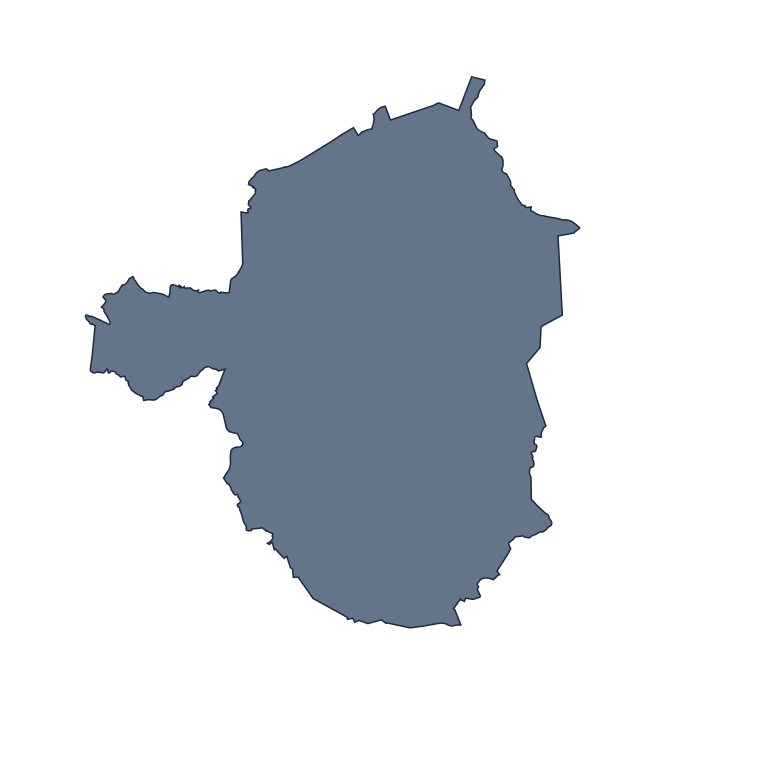 Senguio, Michoacán, Mexico, rotated 240°
{"feature_id": "50627088B60527111015727", "entity_name": "Senguio", "entity_type": "district", "adm_level": 2, "iso_a3": "MEX", "parent_name": "Mexico", "parent_adm1": "Michoacán", "projection": "albers", "projection_center": [-100.328, 19.746], "detail": "fine", "context": "isolated", "style": "filled", "palette": "slate", "viewbox_px": 768, "rotation_deg": 240, "n_neighbors": 0, "source": "geoboundaries", "source_scale": "gbopen_adm2", "svg_char_len": 6171}
<svg xmlns="http://www.w3.org/2000/svg" viewBox="0 0 768 768"><g transform="rotate(240 384 384)"><path d="M623.0,509.5L619.7,508.6L618.2,507.7L613.8,504.1L611.0,500.9L612.5,496.6L612.9,492.2L613.4,490.7L612.4,488.1L612.3,485.9L621.3,485.7L621.1,472.4L620.3,458.5L619.3,422.0L620.2,410.0L621.0,407.5L621.8,406.4L621.7,405.5L622.1,403.5L626.3,390.4L628.2,390.3L629.3,389.4L631.1,382.9L630.7,379.4L630.2,377.7L628.7,375.0L628.2,372.2L626.7,368.3L624.5,366.4L619.8,369.7L619.6,368.8L619.1,369.4L618.3,369.5L618.1,369.9L616.2,370.1L615.5,368.9L613.6,368.2L610.5,360.5L610.2,358.4L607.3,356.3L605.4,356.5L604.2,357.0L602.9,356.6L603.5,354.0L602.4,352.7L600.3,352.0L601.7,349.2L603.9,347.1L604.5,346.2L558.8,321.8L557.2,320.1L552.5,312.0L551.6,309.4L551.3,304.7L551.0,304.0L550.4,303.1L540.7,295.6L540.9,294.3L542.5,291.8L545.3,288.4L544.4,287.4L545.6,286.2L549.6,285.1L551.2,281.2L551.3,280.0L552.7,279.3L553.3,278.2L553.9,276.5L555.1,270.2L556.3,269.2L557.2,269.0L558.0,270.4L558.2,270.2L558.7,267.5L560.2,266.0L564.2,264.2L566.5,259.5L567.2,259.2L568.3,259.7L568.0,257.1L569.6,256.8L569.7,257.0L571.9,256.1L571.9,255.6L569.9,255.9L569.4,255.3L570.8,254.9L575.3,251.3L576.1,249.5L575.7,248.4L574.6,247.1L570.2,244.4L566.8,240.9L572.5,237.3L578.6,230.1L579.2,228.0L580.1,225.7L582.8,223.5L587.3,222.2L588.7,221.3L593.1,220.4L597.7,220.3L599.7,219.7L601.3,220.4L602.6,220.3L602.7,216.1L601.6,214.6L599.9,210.7L599.7,209.1L600.6,206.7L598.8,203.2L597.6,201.7L596.5,198.2L596.9,197.2L596.5,195.9L597.3,194.2L598.9,193.1L599.2,191.8L600.7,189.0L600.9,187.3L600.5,185.0L600.0,184.3L599.0,184.2L596.2,184.9L595.0,184.6L594.1,183.7L593.2,182.0L591.8,177.6L589.7,178.7L588.5,178.6L587.1,178.0L585.4,177.8L582.6,178.1L574.8,177.8L573.9,177.3L573.1,176.4L573.5,175.4L582.0,169.6L589.1,164.4L589.7,162.7L591.5,162.0L592.8,160.4L591.7,159.1L588.7,158.8L585.6,159.7L583.0,159.7L580.7,162.1L579.4,162.8L578.2,162.7L577.5,161.9L555.2,146.0L542.9,136.5L541.7,136.6L539.1,137.6L538.1,139.5L537.6,141.9L534.0,146.4L533.9,147.7L535.4,151.7L534.6,152.0L532.1,150.9L531.0,151.2L531.4,154.5L530.2,156.0L528.4,157.3L526.7,157.2L525.4,158.2L521.7,159.5L520.9,162.4L520.4,163.1L519.7,163.3L516.5,162.5L515.0,163.1L514.3,163.8L513.9,163.8L513.5,163.8L513.0,163.0L510.5,162.4L505.1,162.3L500.6,164.1L498.1,165.5L497.7,166.0L495.1,167.3L494.2,168.8L489.9,167.6L488.3,172.1L485.2,176.4L484.6,178.7L485.4,183.9L485.0,186.9L485.1,187.5L486.4,189.2L486.6,190.1L486.5,191.8L485.6,194.0L484.7,198.5L484.6,199.8L485.1,200.3L485.3,202.8L484.7,204.2L484.3,206.8L484.7,209.2L485.6,209.5L485.9,210.4L486.8,210.8L486.7,218.4L487.2,219.1L487.2,219.6L487.1,221.0L485.2,223.5L484.6,226.0L487.0,231.9L486.9,233.7L488.0,237.2L487.4,238.2L487.3,239.6L486.6,241.1L483.0,243.2L479.9,246.6L478.8,246.7L478.2,247.2L477.8,247.9L477.6,249.3L476.9,250.4L477.0,251.5L476.4,253.7L464.8,239.5L464.5,237.0L462.9,237.1L462.6,234.7L459.3,235.1L458.6,229.1L457.0,229.5L455.6,224.4L454.8,224.6L453.9,221.9L452.2,222.3L450.3,222.2L446.1,227.3L444.2,228.8L442.5,229.5L440.3,229.9L438.6,229.7L424.6,225.5L422.5,225.5L420.0,226.3L414.7,231.6L413.5,232.1L410.8,232.1L408.5,231.6L404.4,232.4L402.3,231.6L401.4,229.3L401.4,228.0L403.1,224.7L403.8,222.0L403.4,219.3L402.7,218.1L398.6,215.0L391.7,211.2L388.3,208.3L386.9,206.1L385.9,203.8L382.8,198.0L376.0,198.4L374.9,199.4L370.6,199.5L369.2,199.0L364.8,199.0L362.5,199.5L361.5,202.0L360.3,201.7L359.9,201.2L355.6,201.4L353.6,200.9L353.6,200.0L352.9,199.0L353.2,197.4L352.6,196.5L351.2,196.1L348.8,197.0L347.3,196.2L342.5,195.5L335.2,193.6L333.1,193.3L330.0,193.7L326.2,191.7L324.6,193.4L323.3,196.0L324.5,197.1L320.8,205.2L320.5,206.7L315.3,208.5L315.5,209.1L309.7,212.9L308.2,211.0L306.7,211.4L304.6,208.0L304.3,206.5L304.4,203.4L302.4,204.4L302.8,208.1L295.4,206.1L295.5,207.3L282.9,210.3L283.4,213.7L271.9,211.1L269.1,212.2L261.9,208.8L259.5,213.1L233.8,215.3L200.5,235.4L198.5,234.7L196.5,239.9L192.3,239.5L191.8,244.1L184.6,250.2L181.0,263.8L175.7,266.1L175.3,267.5L159.8,284.6L155.3,295.4L148.7,313.4L146.2,316.9L142.1,320.0L140.8,321.3L138.8,326.4L136.9,330.1L153.3,332.5L154.7,332.0L159.4,342.5L158.4,342.6L158.5,342.9L155.5,344.9L157.7,347.6L152.9,353.5L151.5,360.4L152.3,361.4L152.9,361.6L159.2,362.0L161.0,364.5L163.4,364.4L164.5,365.3L166.5,370.0L166.3,372.3L165.1,375.3L164.1,376.9L160.5,380.5L159.8,380.8L161.4,387.2L161.0,388.8L165.6,388.4L174.0,404.8L177.9,411.3L181.2,411.6L183.6,412.2L184.0,412.6L184.8,418.4L185.2,419.5L186.0,420.6L185.8,421.9L183.6,426.8L183.6,428.0L181.1,429.2L178.3,432.7L178.0,433.7L178.6,435.3L177.9,440.6L177.9,444.4L177.5,446.1L176.5,447.3L176.5,450.0L176.9,452.3L178.0,454.5L177.7,457.0L178.1,458.0L179.4,459.8L181.6,460.2L185.1,460.0L188.4,460.8L191.8,459.0L203.2,455.6L210.5,454.0L229.6,464.6L232.5,465.0L234.9,465.7L238.5,468.7L237.9,470.3L237.9,471.9L238.5,472.9L239.3,473.7L242.9,475.1L244.6,474.9L245.7,475.5L246.2,476.4L248.5,476.9L250.6,476.7L251.1,478.6L250.3,480.9L250.0,481.1L250.7,482.3L253.2,485.0L255.2,485.5L257.2,484.3L258.9,485.1L261.0,486.8L262.6,487.7L262.8,489.0L261.6,490.9L259.9,492.7L259.4,493.9L261.9,494.9L263.4,496.3L266.5,500.8L266.3,502.0L266.8,503.2L293.2,508.5L330.5,517.7L337.5,537.3L355.2,548.8L354.5,572.9L425.2,608.7L419.7,624.5L420.9,626.1L420.4,627.1L421.3,631.5L422.9,631.2L429.2,628.7L432.0,627.2L435.0,623.9L437.1,620.5L440.6,617.1L448.2,608.0L449.9,606.4L450.9,604.7L453.1,602.4L459.1,599.0L460.6,597.6L463.8,600.0L465.3,596.1L466.5,594.8L467.2,594.8L467.6,595.4L470.1,593.0L471.0,592.8L472.7,592.9L474.5,592.6L478.6,592.4L485.0,592.9L486.9,593.9L492.5,592.9L495.9,594.8L503.1,595.2L505.4,594.8L507.2,593.2L509.4,592.8L510.6,593.2L513.7,596.3L517.6,598.6L519.2,599.2L522.0,599.4L524.8,598.1L531.0,596.4L532.8,597.2L532.9,598.7L532.6,599.9L533.2,601.3L537.9,603.3L540.6,601.1L543.4,598.2L545.0,597.4L550.8,596.6L555.5,593.4L557.9,592.3L561.3,592.3L566.0,592.8L569.3,592.7L571.1,592.2L572.6,593.9L578.8,596.9L580.0,596.9L583.7,602.8L584.4,604.4L585.1,607.7L585.7,608.9L588.3,611.2L590.2,613.9L593.5,620.9L596.8,623.3L606.2,613.5L583.5,585.5L600.0,572.0L600.5,569.8L600.4,566.7L609.4,521.5L624.0,524.0L625.1,519.3L624.6,515.4L623.0,511.1L623.0,509.5Z" fill="#64748b" stroke="#1e293b" stroke-width="1.5"/></g></svg>